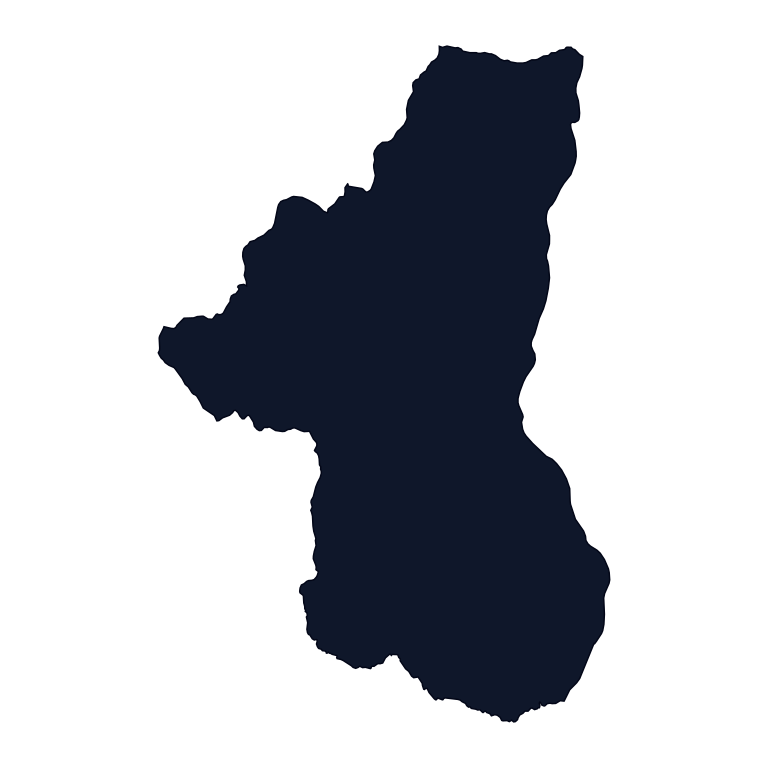 outline of Concordia, Antioquia, Colombia
{"feature_id": "7082276B53735822778308", "entity_name": "Concordia", "entity_type": "district", "adm_level": 2, "iso_a3": "COL", "parent_name": "Colombia", "parent_adm1": "Antioquia", "projection": "robinson", "projection_center": [-75.913, 6.06], "detail": "fine", "context": "isolated", "style": "filled", "palette": "ink", "viewbox_px": 768, "rotation_deg": 0, "n_neighbors": 0, "source": "geoboundaries", "source_scale": "gbopen_adm2", "svg_char_len": 6071}
<svg xmlns="http://www.w3.org/2000/svg" viewBox="0 0 768 768"><path d="M547.5,261.2L546.5,258.7L546.3,254.7L549.4,243.9L549.5,239.7L549.5,235.4L546.7,224.0L546.1,219.4L546.4,215.0L547.4,210.8L549.5,207.1L552.3,204.3L555.2,199.7L560.3,189.0L564.0,183.1L570.8,174.5L575.0,163.1L575.5,160.7L576.2,156.3L576.1,151.4L574.8,140.3L571.0,128.5L570.5,124.5L571.0,123.1L572.1,122.3L574.8,122.4L577.9,120.7L578.8,119.4L579.3,116.9L579.6,113.0L578.9,105.2L578.3,100.6L575.9,92.9L575.8,88.2L576.8,82.8L579.6,76.7L581.9,68.5L582.4,65.2L582.8,56.5L579.4,54.4L574.9,49.7L572.6,48.9L571.1,47.3L566.9,47.2L565.9,47.8L565.3,48.9L563.9,49.7L559.5,50.3L555.8,52.7L551.3,52.9L548.5,55.6L543.5,56.1L537.6,59.4L535.3,59.9L531.7,59.9L526.1,62.5L522.8,63.1L517.2,63.1L510.3,61.9L508.9,60.8L507.4,60.3L504.1,60.8L500.3,59.3L495.5,55.6L491.5,53.9L489.4,53.9L484.7,52.6L480.2,53.4L477.9,53.3L476.3,52.7L469.9,52.7L462.6,51.1L461.3,49.2L457.9,47.6L455.1,47.9L447.0,46.1L442.5,47.4L439.3,46.3L439.4,50.8L438.9,54.4L437.2,58.0L434.8,60.2L431.5,62.1L429.8,64.8L428.2,66.4L426.1,71.0L423.9,72.2L420.5,75.0L419.1,78.9L415.9,79.9L413.2,82.6L412.7,85.6L413.5,91.7L408.4,100.4L406.6,109.4L407.2,117.8L406.5,120.2L404.3,124.7L400.0,129.3L397.6,131.2L396.1,133.4L393.9,137.8L391.4,140.4L388.0,142.1L382.4,142.4L377.7,146.2L374.8,150.7L373.8,153.9L374.8,160.0L373.7,164.9L373.9,168.2L375.4,175.6L374.0,181.9L371.3,188.9L370.5,190.1L368.0,191.8L366.7,192.1L365.7,191.9L362.9,189.1L361.7,188.5L348.7,186.3L348.1,185.6L348.0,184.2L347.6,183.9L345.0,187.7L345.1,191.9L344.4,196.0L343.6,196.6L339.9,196.9L339.2,197.4L334.8,203.9L328.5,208.7L328.0,209.6L327.7,212.5L327.3,212.8L323.5,211.3L318.7,206.4L315.2,204.0L308.3,200.2L302.2,197.4L293.6,196.5L291.7,197.0L286.5,199.7L283.6,200.3L280.8,201.6L278.7,204.5L277.8,207.3L274.6,223.3L272.8,227.6L271.6,229.2L268.9,230.4L263.9,235.2L258.0,238.0L254.9,240.4L250.1,241.7L247.9,245.0L245.8,246.4L244.0,248.4L242.9,252.2L242.7,256.2L243.2,259.1L245.3,265.8L245.3,270.0L244.3,275.3L246.4,281.6L246.6,285.9L243.8,284.4L239.8,285.0L238.3,285.8L237.7,287.0L239.1,288.8L238.5,290.4L235.8,293.9L233.8,294.4L231.4,296.0L230.3,299.0L230.1,301.7L226.5,307.0L223.3,313.1L221.3,314.5L218.8,314.7L217.3,314.0L216.2,314.4L212.9,318.8L212.0,319.3L207.9,319.0L203.5,316.3L202.2,316.2L197.3,316.6L193.7,317.9L184.0,318.2L177.1,325.2L175.8,327.5L174.0,328.6L171.2,328.4L164.0,326.7L163.3,328.7L159.6,336.2L159.2,338.0L159.7,348.0L159.5,350.4L158.3,352.8L159.7,355.6L161.3,358.2L163.4,360.0L165.2,362.6L169.0,365.3L174.0,367.5L175.4,369.1L182.2,378.5L185.3,384.4L188.3,386.9L192.0,392.7L193.6,394.2L195.4,394.9L196.8,396.1L200.2,401.7L203.3,408.0L214.3,415.5L216.9,420.9L218.9,420.6L222.6,417.8L229.6,415.2L232.6,412.6L233.8,410.6L235.6,410.3L238.1,412.6L239.9,416.1L242.3,418.8L244.1,418.8L247.1,415.6L248.8,415.2L249.7,416.1L253.4,422.0L254.4,426.3L257.1,429.3L259.3,430.6L261.4,430.4L264.2,427.4L267.4,427.5L268.7,427.0L270.1,427.2L275.5,430.5L282.4,431.5L284.7,431.3L287.9,429.5L290.6,429.2L292.8,428.0L294.9,427.9L300.9,430.6L304.1,431.6L309.5,431.3L313.4,439.0L316.4,442.4L316.9,443.9L316.8,445.9L314.5,450.4L315.2,451.5L317.2,453.0L318.6,455.7L319.2,459.0L319.5,464.9L320.8,466.9L320.6,469.0L321.3,471.5L321.3,473.4L320.2,477.5L317.6,482.5L315.8,487.0L313.3,496.8L311.3,500.3L311.0,502.2L312.3,507.1L310.8,510.3L311.6,512.4L312.5,516.1L313.0,526.1L313.8,531.4L315.9,538.5L315.4,540.5L316.1,545.6L314.3,551.4L313.4,556.1L313.3,558.8L315.8,565.1L316.2,567.1L316.0,569.7L318.4,571.6L317.3,575.4L316.3,577.2L314.1,579.6L311.9,580.3L308.5,580.6L306.7,581.4L304.1,583.7L301.4,585.0L300.1,588.0L299.7,591.2L300.0,592.8L303.0,595.2L303.4,596.1L303.8,603.0L304.7,606.2L304.8,608.8L305.6,610.1L305.3,611.5L306.8,612.6L307.4,615.4L306.4,617.0L307.7,622.7L306.9,629.3L307.5,632.6L308.5,634.4L309.9,635.0L312.3,638.8L314.3,640.0L316.1,639.5L316.9,639.7L317.2,641.3L316.5,644.0L317.4,646.6L318.6,648.4L321.2,649.2L322.4,650.7L324.6,650.9L325.9,651.5L326.4,653.1L327.2,653.1L328.3,652.1L329.2,653.1L330.9,653.5L332.1,654.3L337.0,655.6L337.2,655.9L336.7,657.6L337.1,658.6L340.8,659.4L343.2,660.5L351.3,665.7L353.1,667.4L355.7,668.3L358.1,667.4L359.8,666.2L362.6,667.6L365.4,667.3L370.4,668.6L370.9,668.3L371.5,666.7L372.1,666.2L374.0,666.3L377.8,663.6L380.1,663.7L382.7,663.0L385.4,657.9L389.7,654.1L390.5,654.2L391.3,655.4L392.3,654.4L397.2,654.6L397.8,654.9L398.8,657.5L400.2,658.8L400.2,660.8L405.6,668.8L408.8,671.4L411.6,676.1L413.7,677.7L418.1,677.0L422.2,683.3L422.5,685.5L423.7,689.2L424.4,689.5L425.8,688.4L427.2,688.5L429.1,692.6L434.3,698.8L435.6,699.8L436.4,699.7L437.7,698.0L442.3,699.8L442.9,699.7L443.9,698.3L445.3,697.9L458.0,699.4L460.2,700.1L462.1,701.7L465.5,703.4L466.8,705.7L468.5,707.1L470.1,706.9L471.3,708.4L475.9,709.2L477.6,710.0L480.0,709.8L482.6,712.4L483.2,712.5L484.6,711.3L485.7,711.2L486.7,712.5L489.8,713.6L491.4,715.8L494.8,714.7L497.3,715.2L500.2,717.4L501.7,720.4L502.9,720.8L507.1,720.6L509.3,721.6L511.6,720.2L513.7,721.9L515.4,721.6L517.5,719.7L518.1,717.7L519.7,715.0L522.9,713.3L524.9,711.1L528.1,711.1L530.8,708.2L532.1,708.1L534.6,709.6L537.2,708.8L538.3,707.7L539.4,707.7L539.9,705.8L539.2,703.2L539.7,702.1L540.3,702.3L541.9,705.1L544.1,706.0L544.9,705.8L547.3,703.6L550.0,703.2L552.2,703.6L555.7,703.4L560.2,700.7L564.1,701.1L569.7,689.8L576.7,682.7L579.7,678.5L593.8,643.9L594.0,643.4L594.6,643.7L596.4,641.3L601.5,633.5L602.7,630.6L603.9,624.3L604.4,614.2L603.7,598.0L604.6,593.5L609.0,583.4L609.7,579.9L609.2,572.6L608.4,568.8L604.4,559.5L600.2,553.2L597.1,550.3L590.4,546.1L587.9,543.8L585.9,540.4L585.5,536.2L583.6,531.1L575.4,519.3L570.5,504.3L570.1,501.1L569.7,488.5L566.4,478.9L561.6,470.0L556.6,463.6L552.2,459.3L546.2,456.3L532.6,443.4L526.1,436.1L524.0,432.9L522.6,429.2L521.5,422.2L523.1,416.9L522.6,414.5L518.8,405.7L518.0,402.7L518.0,398.7L518.6,396.0L519.8,391.5L523.4,381.8L526.0,376.6L533.1,366.3L534.4,363.5L535.3,359.8L534.8,354.0L532.9,350.4L531.2,346.1L531.2,342.6L532.1,339.5L534.6,334.1L539.2,318.3L543.4,308.8L545.9,300.7L548.3,288.2L549.5,277.8L548.5,266.0L547.5,261.2Z" fill="#0f172a" stroke="#020617" stroke-width="1.5"/></svg>